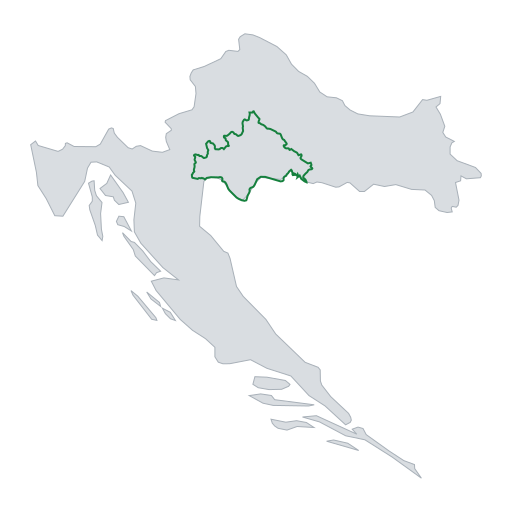 Sisacko-Moslavacka on a map of Croatia (orthographic projection)
{"feature_id": "HRV-1587", "entity_name": "Sisacko-Moslavacka", "entity_type": "County", "adm_level": 1, "iso_a3": "HRV", "parent_name": "Croatia", "parent_adm1": "", "projection": "orthographic", "projection_center": [16.353, 45.412], "detail": "fine", "context": "in_parent", "style": "outline", "palette": "green", "viewbox_px": 512, "rotation_deg": 0, "n_neighbors": 0, "source": "natural_earth", "source_scale": "10m", "svg_char_len": 8266}
<svg xmlns="http://www.w3.org/2000/svg" viewBox="0 0 512 512"><path d="M35.5,141.0L38.2,145.5L58.1,151.4L62.6,149.2L65.3,145.7L65.4,143.4L67.1,142.8L74.1,146.5L95.8,146.7L100.3,144.1L108.7,129.1L111.4,127.9L113.2,128.5L114.3,133.1L117.4,137.3L128.1,147.7L132.2,149.0L136.3,146.3L140.5,145.6L152.3,151.1L162.4,152.3L169.8,149.6L166.3,141.4L165.7,137.3L166.3,133.7L171.4,130.2L171.2,128.6L165.1,122.2L165.5,120.6L179.0,113.7L192.0,109.8L194.1,106.8L196.0,93.6L195.4,86.5L190.2,79.8L189.9,76.5L191.2,73.0L193.2,69.9L204.4,66.4L220.8,58.7L225.8,51.5L228.8,50.3L237.9,51.4L239.8,49.6L238.6,39.3L240.2,36.7L244.9,33.8L252.9,34.9L259.5,37.5L277.0,46.6L286.3,54.9L291.5,64.2L298.6,71.4L307.4,76.4L314.5,83.3L319.8,92.0L327.1,96.8L336.4,97.8L342.4,100.7L344.9,105.6L350.1,110.0L357.8,113.9L369.7,115.8L399.7,117.0L412.9,112.0L422.6,99.6L426.9,100.3L440.7,96.4L440.0,103.6L436.0,107.0L440.4,114.3L444.8,126.3L442.8,132.4L445.7,137.0L454.3,141.4L451.9,142.8L450.1,146.9L450.1,154.1L457.1,160.7L475.5,167.5L481.1,173.4L481.3,175.9L480.4,177.7L466.4,178.8L461.0,175.9L460.6,180.8L455.5,182.5L459.0,200.2L458.0,205.4L456.2,207.2L452.2,206.4L451.2,208.1L452.2,211.9L447.1,212.5L439.0,210.7L435.2,207.4L434.3,200.6L431.6,195.4L425.0,190.0L411.6,189.4L395.8,184.6L384.5,186.5L373.6,184.2L364.4,191.5L359.6,191.5L350.0,182.9L347.2,182.4L339.0,186.9L335.7,187.2L321.9,182.7L316.9,182.0L313.2,183.6L306.6,182.0L290.7,170.7L280.9,179.4L260.9,177.4L255.0,183.3L248.2,194.6L242.7,200.0L237.9,198.1L232.2,193.1L222.4,180.3L217.4,177.9L211.6,177.4L206.6,178.8L203.9,181.3L199.8,216.5L199.6,226.3L210.7,235.5L223.7,251.3L227.9,253.1L230.0,258.3L236.5,286.5L243.2,296.4L265.9,319.4L275.7,334.0L305.1,362.3L318.1,367.3L320.2,369.9L320.4,381.0L321.8,385.1L330.7,396.6L348.6,413.4L350.7,417.3L351.3,420.2L350.2,422.4L345.6,424.8L325.0,405.9L309.0,395.6L290.9,376.0L266.9,368.3L250.5,359.7L229.8,363.7L223.0,363.8L218.3,362.2L214.9,356.8L214.9,347.3L205.4,338.6L192.5,330.3L180.3,319.5L156.1,290.5L151.3,281.2L163.9,277.9L178.5,279.9L162.9,267.6L140.9,243.3L134.4,231.9L133.9,219.8L135.8,203.1L132.0,191.1L115.2,175.3L109.2,167.0L96.7,161.9L91.0,162.2L87.5,168.1L84.7,181.4L62.9,216.2L54.8,215.7L46.2,198.6L37.9,185.6L36.4,172.2L30.7,144.7L35.5,141.0ZM414.5,464.6L414.7,468.6L421.4,478.2L392.2,457.1L364.9,439.8L345.7,435.8L319.5,421.9L302.5,417.0L316.4,415.7L356.8,434.2L352.2,429.2L358.0,427.1L363.0,428.5L366.2,434.6L389.1,451.0L403.8,460.6L414.5,464.6ZM102.8,236.4L102.1,240.6L97.5,235.1L95.3,225.5L89.8,209.8L89.2,205.5L92.3,201.2L92.3,196.9L88.5,183.2L92.0,181.1L94.1,180.8L94.7,190.3L96.4,195.7L102.0,202.5L100.6,213.5L101.4,229.2L102.8,236.4ZM128.4,202.3L118.8,204.5L114.4,200.2L113.3,196.8L105.5,195.5L100.0,188.5L106.8,183.4L110.6,175.0L123.1,192.6L128.4,202.3ZM281.6,389.3L269.1,389.6L258.2,387.7L252.9,384.3L254.9,376.7L267.0,377.2L285.4,380.5L290.0,384.4L288.6,386.3L281.6,389.3ZM314.2,404.8L308.6,406.0L273.2,405.4L263.0,403.2L249.2,395.6L260.7,393.9L271.4,395.5L274.7,399.7L314.2,404.8ZM156.5,272.7L154.5,275.6L135.3,256.0L133.3,249.6L123.9,236.3L122.5,232.7L131.1,241.5L134.4,242.4L142.7,250.9L150.8,261.7L160.6,271.2L156.5,272.7ZM271.0,419.2L285.8,422.2L296.6,420.7L306.4,422.5L314.0,427.5L297.1,426.5L287.0,430.1L278.1,428.3L274.7,426.0L272.3,423.2L271.0,419.2ZM155.9,317.7L156.9,320.4L151.7,319.3L133.0,295.2L131.0,290.6L137.8,296.2L155.9,317.7ZM123.8,216.7L131.4,231.0L124.2,226.5L117.8,224.7L116.4,221.4L118.9,216.2L123.8,216.7ZM347.7,443.2L358.7,450.5L326.6,441.2L333.6,440.0L347.7,443.2ZM170.3,312.3L175.4,320.5L170.5,318.8L165.4,313.7L162.4,308.2L170.3,312.3ZM159.5,302.5L160.6,306.4L151.0,299.0L146.7,292.0L159.5,302.5Z" fill="#d9dde1" stroke="#a8b0b8" stroke-width="1"/><path d="M292.9,175.1L292.5,174.5L292.5,173.6L292.4,172.7L291.7,170.4L291.1,169.8L289.0,171.6L288.8,172.1L288.2,173.0L287.4,173.9L286.8,174.3L286.3,175.6L285.6,176.1L284.7,176.5L284.0,177.2L283.5,178.5L283.6,179.5L283.5,180.3L282.5,181.1L280.6,181.4L265.3,176.9L260.8,176.8L257.2,179.2L254.7,184.8L253.6,186.5L252.8,187.1L250.8,187.8L250.1,188.3L249.5,189.3L249.5,189.9L249.7,190.6L249.5,191.9L249.2,192.7L247.6,195.7L246.8,198.8L246.3,200.3L244.5,200.8L241.6,200.2L238.7,198.9L236.5,197.5L229.5,190.5L228.2,188.7L226.5,184.4L225.4,182.5L224.4,181.7L222.7,181.4L222.1,180.8L222.1,180.3L222.4,179.5L222.4,178.6L221.8,177.6L220.9,177.2L220.0,177.1L218.3,177.4L210.9,177.2L206.8,177.9L205.0,179.4L203.7,178.5L203.4,178.3L203.1,178.3L202.7,178.3L202.5,178.2L202.3,178.1L202.1,178.0L201.9,177.9L201.7,178.0L201.0,178.3L200.7,178.3L200.5,178.2L200.0,178.1L198.9,178.1L198.6,178.2L198.4,178.4L197.9,178.8L197.7,178.9L192.5,177.8L192.3,177.6L192.1,177.0L192.0,176.2L191.9,175.6L191.9,175.0L191.9,174.6L192.3,174.3L192.8,173.4L193.1,172.7L194.1,171.8L194.3,171.5L194.2,171.1L194.0,170.7L193.9,170.2L193.9,169.7L194.0,169.1L194.4,167.8L194.5,167.2L194.6,166.5L194.6,165.9L194.5,165.3L194.4,164.7L194.4,164.2L194.5,163.8L195.7,162.8L195.8,162.6L195.8,162.3L195.6,161.7L195.3,161.2L194.9,160.5L194.7,160.1L194.6,159.7L194.7,159.2L195.2,157.4L195.2,156.9L195.0,156.6L194.3,155.9L194.0,155.5L194.1,155.1L194.5,154.7L195.6,154.4L197.6,155.0L198.6,154.9L198.9,155.2L199.4,156.0L199.8,156.1L200.6,156.0L201.1,156.0L201.7,156.3L202.4,156.9L203.1,157.5L203.5,157.8L203.9,158.0L204.5,157.9L206.1,157.4L206.6,157.0L206.9,156.5L206.9,155.4L207.7,153.9L207.9,153.3L207.7,152.4L207.8,151.7L207.9,151.2L208.2,150.6L208.3,150.1L207.9,149.5L207.5,148.7L207.1,148.1L206.1,143.8L208.1,141.4L209.2,140.9L209.7,141.0L210.0,141.2L210.2,141.5L210.3,141.9L210.4,142.3L210.3,142.6L210.6,142.9L210.8,143.0L212.9,143.4L214.5,145.2L214.9,146.1L214.9,146.4L214.9,146.8L214.8,148.1L215.4,149.2L218.6,149.4L219.7,149.1L220.3,148.5L220.9,148.1L221.5,148.0L222.3,148.0L222.8,148.2L223.2,148.4L223.9,149.1L226.0,146.5L226.6,146.2L227.5,146.0L228.4,146.1L228.7,146.0L228.8,145.8L228.7,145.5L228.5,145.2L228.2,144.9L228.1,144.5L228.1,142.8L228.0,142.2L227.5,141.7L226.2,140.6L225.9,140.3L225.7,139.9L225.7,139.5L225.6,138.7L225.5,138.3L225.1,138.0L224.4,137.8L224.2,137.6L224.0,137.3L223.9,136.7L223.9,136.2L224.1,135.8L224.5,135.7L226.2,135.9L226.9,135.8L227.5,135.5L229.7,133.7L230.9,132.3L231.2,132.1L231.7,131.9L232.1,131.8L232.7,132.0L233.5,132.5L234.1,133.5L234.4,133.9L234.7,134.0L235.5,134.1L236.0,134.3L236.5,134.7L237.1,135.3L237.7,135.8L238.5,135.9L240.6,135.1L241.6,134.2L243.1,131.0L242.7,127.8L243.0,126.4L242.5,123.5L242.6,122.4L242.8,121.7L244.0,119.8L244.4,119.5L244.8,119.4L246.1,120.2L246.6,120.4L246.9,120.4L248.3,120.0L248.6,119.8L248.8,119.5L248.8,119.4L249.1,117.2L249.7,115.0L249.7,114.3L249.7,113.8L249.7,113.3L249.5,112.5L252.5,112.5L252.7,112.4L253.0,111.6L253.2,111.4L253.4,111.3L253.7,111.3L253.9,111.6L254.1,112.2L255.0,113.7L258.2,117.6L259.4,118.8L259.4,119.5L259.1,120.2L258.8,120.9L258.5,122.3L258.6,122.8L258.9,123.0L259.4,123.1L260.1,123.3L260.9,124.0L261.6,124.4L262.4,124.6L263.4,125.0L265.1,126.3L266.3,127.8L267.0,128.5L267.4,128.7L268.8,128.7L270.4,129.0L275.6,131.5L276.0,131.8L276.8,132.9L277.3,133.3L278.1,133.5L279.9,133.7L280.4,134.1L280.7,134.5L281.8,137.4L282.1,138.1L282.7,139.1L283.2,139.5L283.9,139.8L284.1,139.9L284.3,140.1L285.1,141.4L286.2,142.8L286.6,143.5L286.7,143.9L285.3,145.3L285.0,145.3L284.7,145.3L284.5,145.2L284.2,145.2L283.8,145.3L283.7,145.5L283.7,146.0L284.2,147.0L284.8,147.6L285.4,148.1L286.0,148.3L286.6,148.4L288.1,148.3L288.7,148.5L289.0,148.9L289.4,149.7L289.6,149.9L290.0,149.8L291.3,149.0L294.1,151.2L296.7,152.5L297.1,152.9L297.3,153.1L298.5,155.2L299.5,154.9L300.5,154.5L300.9,154.4L301.2,154.4L301.4,154.7L301.6,155.3L301.5,155.9L301.4,156.3L301.0,156.9L300.6,157.6L300.6,158.0L300.6,158.5L300.8,158.8L301.6,159.5L307.9,163.4L310.7,162.7L311.4,164.6L311.4,165.0L311.3,165.4L310.9,165.7L310.6,166.1L310.5,166.4L310.9,167.0L312.0,167.9L312.2,168.2L312.3,168.5L312.1,168.8L311.7,169.2L310.7,169.4L310.0,169.4L309.6,169.5L308.7,169.9L308.5,170.0L308.2,170.4L307.3,172.0L306.1,173.1L305.7,173.4L303.8,175.5L303.6,175.8L303.4,176.1L303.2,177.2L303.3,177.6L303.7,178.1L304.4,178.6L305.5,179.7L306.6,182.2L306.6,182.3L304.6,181.4L301.3,178.9L299.7,175.6L299.3,176.0L298.1,176.8L297.6,177.2L297.9,176.3L298.0,175.6L297.9,175.0L297.6,174.2L296.9,175.6L296.0,175.0L295.1,173.9L294.0,173.5L294.3,174.2L294.5,174.9L292.9,175.1Z" fill="none" stroke="#15803d" stroke-width="2"/></svg>